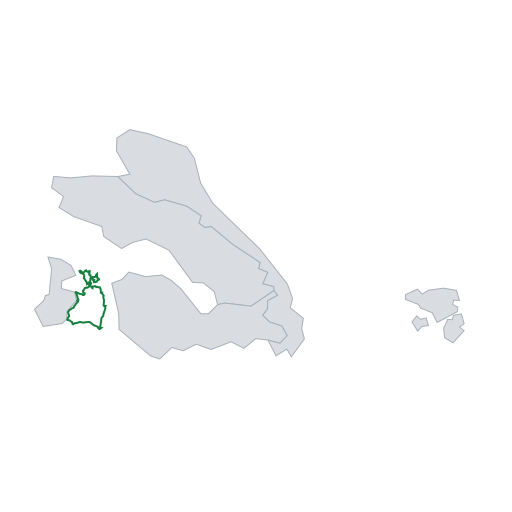 map of Estonia with Norway, Sweden, Latvia and Finland greyed out, rotated 96°
{"feature_id": "EST", "entity_name": "Estonia", "entity_type": "country or territory", "adm_level": 0, "iso_a3": "EST", "parent_name": "Europe", "parent_adm1": "", "projection": "orthographic", "projection_center": [24.591, 58.582], "detail": "fine", "context": "with_neighbors", "style": "outline", "palette": "green", "viewbox_px": 512, "rotation_deg": 96, "n_neighbors": 4, "source": "natural_earth", "source_scale": "50m", "svg_char_len": 4741}
<svg xmlns="http://www.w3.org/2000/svg" viewBox="0 0 512 512"><g transform="rotate(96 256 256)"><path d="M283.7,55.3L285.8,49.9L290.3,49.9L303.1,68.9L294.0,74.8L290.7,86.8L287.1,89.6L283.5,103.0L278.6,103.1L272.1,91.9L276.5,86.6L272.0,81.0L268.4,66.1L269.2,53.1L278.8,49.0L279.3,54.9L283.7,55.3ZM353.1,225.7L338.3,235.4L340.1,223.2L332.0,216.8L322.9,223.0L320.2,235.6L314.2,243.3L307.4,239.1L299.2,239.8L292.6,230.4L288.6,234.7L284.7,235.2L282.9,246.4L271.1,242.7L268.3,252.1L262.1,251.3L246.5,281.1L231.4,303.6L233.0,309.9L229.3,316.3L221.9,314.7L213.8,329.9L209.7,352.8L213.3,362.5L206.7,382.2L191.4,401.8L187.8,390.0L166.0,405.8L153.2,406.7L143.5,394.7L145.7,375.7L154.9,336.2L165.3,327.5L189.2,318.7L208.1,304.5L248.5,253.1L280.6,221.9L294.3,215.2L304.0,216.5L313.0,202.4L323.5,203.0L333.5,199.2L352.5,210.3L345.4,215.6L353.1,225.7ZM321.8,51.0L317.5,59.9L308.2,61.8L299.0,58.7L298.8,54.1L294.4,53.5L292.1,45.7L301.5,42.0L305.4,46.1L308.5,41.3L321.8,51.0ZM313.8,87.4L305.3,94.0L298.8,89.9L301.7,85.7L299.8,80.3L307.3,77.3L308.6,83.6L313.8,87.4Z" fill="#d9dde1" stroke="#a8b0b8" stroke-width="1"/><path d="M191.4,401.8L206.7,382.2L213.3,362.5L209.7,352.8L213.8,329.9L221.9,314.7L229.3,316.3L233.0,309.9L231.4,303.6L246.5,281.1L262.1,251.3L268.3,252.1L271.1,242.7L282.9,246.4L284.7,235.2L288.6,234.7L306.4,255.6L306.1,282.3L308.4,289.1L295.9,293.7L288.3,305.6L288.9,316.3L259.3,343.2L250.6,367.1L255.3,380.0L262.6,390.5L252.6,409.4L242.8,412.5L235.9,441.3L228.4,456.9L217.0,453.6L209.4,466.5L198.0,465.4L197.7,448.5L193.5,427.5L191.4,401.8Z" fill="#d9dde1" stroke="#a8b0b8" stroke-width="1"/><path d="M338.7,437.9L343.4,441.7L348.3,460.3L332.1,470.7L322.5,462.4L317.3,461.3L315.9,457.7L290.1,457.9L278.7,462.8L279.7,449.6L284.9,438.8L294.0,433.2L301.1,446.5L308.8,446.2L310.7,432.8L318.6,429.7L330.9,438.1L338.7,437.9Z" fill="#d9dde1" stroke="#a8b0b8" stroke-width="1"/><path d="M338.3,235.4L338.2,247.5L349.1,258.3L343.9,271.8L353.7,290.9L350.0,306.2L357.9,318.6L355.8,330.2L368.5,341.0L366.5,350.2L343.3,384.5L327.7,386.5L298.1,396.6L293.4,386.9L285.3,380.8L288.0,363.6L284.8,347.7L289.1,337.7L296.7,327.0L319.3,304.7L318.4,297.3L308.4,289.1L306.1,282.3L306.4,255.6L288.6,234.7L292.6,230.4L299.2,239.8L307.4,239.1L314.2,243.3L320.2,235.6L322.9,223.0L332.0,216.8L340.1,223.2L338.3,235.4Z" fill="#d9dde1" stroke="#a8b0b8" stroke-width="1"/><path d="M339.3,436.9L339.0,437.0L337.7,436.8L336.2,436.1L335.6,435.6L335.0,435.6L334.2,436.0L331.6,437.1L330.9,436.9L329.3,436.0L328.5,434.9L326.7,432.8L326.6,432.3L326.4,431.9L324.5,431.4L323.8,430.6L323.3,430.5L322.4,430.1L320.2,428.4L319.7,428.3L319.6,428.6L319.6,429.0L319.2,429.2L318.7,428.6L318.1,428.0L316.3,429.1L315.6,429.4L315.0,429.4L312.1,430.8L311.2,431.5L310.8,431.4L310.9,430.7L312.1,427.3L312.3,424.6L312.8,424.2L312.9,423.8L312.7,423.0L311.5,422.4L311.0,422.5L310.5,423.4L310.0,424.1L308.9,424.5L308.0,423.8L305.7,422.8L305.2,421.5L305.1,420.2L303.9,419.0L303.4,417.5L303.6,416.5L304.7,415.9L305.0,415.3L303.7,415.4L303.4,415.2L303.4,414.7L302.8,412.9L303.3,412.2L303.6,411.6L303.2,411.0L303.3,410.3L303.6,409.7L303.4,408.1L304.8,407.3L306.1,406.8L308.7,406.5L308.5,405.1L309.6,405.0L311.4,403.3L313.2,403.6L315.8,402.5L320.9,402.4L321.6,401.8L321.4,401.1L321.4,400.4L322.4,400.6L324.0,400.4L329.9,401.7L331.4,401.6L333.4,403.0L334.5,403.3L337.7,403.2L342.7,403.6L343.7,402.6L343.7,402.4L344.2,402.9L344.9,403.7L345.1,404.2L344.9,404.5L344.3,404.8L344.2,405.1L343.9,405.6L343.2,405.7L342.9,406.0L342.5,407.5L341.8,410.0L340.7,412.0L339.8,413.0L339.4,413.9L339.1,414.8L339.1,415.8L340.3,420.9L340.3,421.9L340.1,422.9L340.0,423.9L340.2,424.7L340.9,426.1L341.6,428.3L342.0,429.7L342.5,430.1L342.9,430.5L343.0,430.7L343.0,431.0L342.8,431.3L340.9,432.1L340.6,432.7L340.4,433.4L339.6,434.5L339.4,435.4L339.3,436.5L339.3,436.9ZM295.3,418.0L295.9,418.4L296.5,418.3L297.1,418.1L298.4,418.4L301.4,420.6L301.7,421.1L299.9,421.4L299.4,422.0L299.0,422.5L298.5,422.6L297.6,423.5L296.4,424.4L296.1,424.9L294.0,424.7L292.8,425.0L291.8,426.0L291.4,427.9L290.6,429.3L289.9,429.8L289.2,429.9L289.0,429.3L289.1,428.8L290.7,426.7L291.1,426.1L290.3,425.7L289.7,425.0L288.3,424.1L288.1,423.4L288.4,423.3L288.7,423.1L289.1,422.6L289.3,421.9L288.3,419.9L288.9,419.7L289.6,419.8L290.3,420.3L291.1,419.7L291.5,419.6L292.0,419.9L292.6,418.6L294.0,418.3L294.6,417.9L295.3,418.0ZM298.2,414.5L297.4,415.3L297.0,415.0L296.7,414.5L295.7,416.5L294.6,416.8L294.0,416.4L294.1,415.6L293.5,413.7L292.6,413.1L291.3,413.0L290.4,412.2L294.1,411.8L294.5,410.9L295.2,409.9L295.8,409.8L296.3,410.1L296.3,410.8L296.5,411.1L298.1,411.6L298.7,412.9L298.9,414.4L298.2,414.5ZM301.9,419.4L301.1,419.6L299.3,418.3L299.8,417.5L300.3,417.1L301.8,417.7L302.0,419.0L301.9,419.4Z" fill="none" stroke="#15803d" stroke-width="2"/></g></svg>